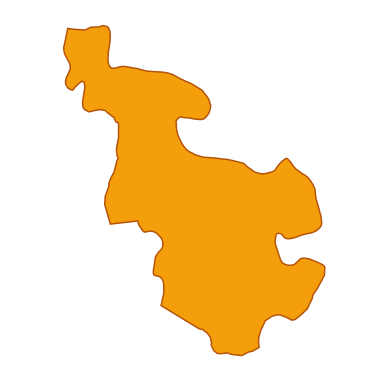 Chique/Blanchard, Vieux Fort, Saint Lucia, rotated 184°
{"feature_id": "8701671B68891744403519", "entity_name": "Chique/Blanchard", "entity_type": "district", "adm_level": 2, "iso_a3": "LCA", "parent_name": "Saint Lucia", "parent_adm1": "Vieux Fort", "projection": "equal_earth", "projection_center": [-60.95, 13.801], "detail": "fine", "context": "isolated", "style": "filled", "palette": "amber", "viewbox_px": 384, "rotation_deg": 184, "n_neighbors": 0, "source": "geoboundaries", "source_scale": "gbopen_adm2", "svg_char_len": 5960}
<svg xmlns="http://www.w3.org/2000/svg" viewBox="0 0 384 384"><g transform="rotate(184 192 192)"><path d="M61.1,173.9L61.3,175.1L61.5,176.0L61.9,177.8L63.0,180.3L63.7,182.5L64.2,184.1L64.8,185.7L65.6,187.8L66.3,189.7L66.9,191.4L67.4,192.8L67.9,194.4L68.3,196.1L68.4,196.8L68.7,198.5L69.0,200.3L69.1,200.7L69.3,202.3L69.8,203.9L70.5,205.3L72.3,208.5L75.7,212.8L78.3,215.3L80.1,216.4L81.3,217.0L83.2,217.9L84.8,219.0L86.5,220.1L88.0,220.9L89.7,222.0L90.2,222.4L91.3,223.4L92.1,224.1L93.1,225.3L94.4,227.0L95.0,227.7L95.9,228.8L96.9,229.8L97.6,230.6L98.6,231.4L99.5,232.0L100.3,232.1L100.9,231.7L102.0,231.0L104.7,228.4L105.4,227.6L106.6,226.2L108.3,223.7L108.7,223.1L109.1,222.5L109.4,221.9L110.2,220.4L110.6,219.9L112.3,218.3L113.0,217.9L115.0,217.1L118.0,216.1L119.9,215.6L121.7,215.2L123.4,215.1L125.0,215.2L126.3,215.3L128.4,215.7L130.7,216.3L132.1,216.9L134.0,218.4L135.7,219.3L138.4,220.9L140.2,222.5L141.6,223.4L142.7,224.1L143.7,224.5L144.3,224.6L146.1,224.9L146.6,225.0L149.2,225.4L153.7,226.2L159.5,227.0L164.4,227.0L168.1,227.4L172.3,227.5L176.3,227.5L179.5,227.6L181.8,227.5L183.4,227.6L185.2,227.9L186.7,228.3L187.3,228.4L189.5,228.9L191.3,229.4L194.0,230.6L195.6,231.3L197.3,231.9L198.7,232.7L199.6,233.3L200.8,234.3L202.0,235.5L203.0,236.5L204.8,238.8L206.0,240.6L206.9,242.1L208.0,244.0L208.9,245.5L209.9,247.5L210.7,249.8L211.2,251.5L211.8,253.8L212.1,255.5L212.3,257.3L212.5,259.5L212.9,261.0L212.5,262.6L211.9,263.3L211.0,264.2L210.7,264.6L210.5,264.9L209.3,265.9L208.0,266.1L207.6,266.0L206.2,265.8L205.5,265.7L200.1,265.7L194.0,264.9L190.2,264.9L188.5,264.9L187.6,265.0L186.4,265.4L185.5,265.7L184.8,266.3L183.7,267.3L182.8,268.5L182.3,269.2L181.4,270.6L181.1,271.2L180.5,272.8L180.1,274.1L179.9,275.1L179.7,276.0L179.6,276.4L179.5,277.3L179.4,278.3L179.4,279.1L179.4,279.8L180.1,281.3L180.3,281.9L180.8,283.2L180.9,283.6L181.4,284.8L182.0,285.8L182.2,286.3L182.9,287.2L183.8,288.4L184.7,289.5L185.6,290.4L185.9,290.7L186.4,291.3L187.2,291.9L188.4,293.7L191.2,295.4L194.0,296.8L195.8,297.7L198.5,299.1L200.0,299.9L201.9,300.7L203.9,301.4L205.4,301.8L207.1,302.4L209.0,303.2L210.8,303.9L211.8,304.3L213.2,304.9L214.7,305.6L216.4,306.4L218.1,307.2L218.5,307.4L219.9,307.9L222.6,308.6L224.3,309.0L228.9,309.5L233.9,309.5L238.0,309.4L241.4,309.5L243.3,309.4L245.5,309.5L248.1,309.9L251.3,310.5L255.3,311.3L260.3,311.7L264.6,312.2L267.8,312.5L268.1,312.5L270.5,312.4L273.4,311.6L276.2,310.6L277.7,310.2L279.3,309.8L280.7,310.0L281.9,310.7L282.8,311.6L283.7,312.9L284.3,314.4L284.8,316.2L285.1,318.5L285.2,319.9L285.2,321.7L285.2,323.3L285.2,324.9L285.2,326.3L285.1,327.5L284.9,329.0L284.8,330.0L284.7,331.3L284.5,333.6L284.4,335.5L284.3,337.3L284.3,338.9L284.4,341.3L284.4,341.9L284.5,342.6L284.7,344.3L285.1,346.3L285.5,347.4L285.8,348.1L286.2,348.9L286.5,349.4L287.0,350.0L287.4,350.4L288.1,351.0L289.1,351.3L290.4,351.5L291.7,351.7L292.6,351.7L293.7,351.3L294.4,351.1L295.9,350.2L301.3,349.7L304.2,349.4L310.0,346.1L322.2,346.1L327.4,346.5L329.1,333.3L329.5,330.4L329.9,329.0L330.0,326.6L329.5,323.4L328.2,320.0L324.5,314.1L324.1,313.6L323.8,313.2L323.0,311.3L322.3,309.8L322.1,307.1L322.3,305.2L324.2,300.2L325.3,297.6L325.6,296.1L325.8,294.9L325.9,293.8L325.9,292.6L325.1,290.0L323.1,287.2L322.1,286.5L320.8,285.9L319.5,285.5L318.5,285.4L318.1,285.4L315.8,288.6L312.3,292.5L309.8,294.7L308.7,294.7L307.4,293.9L306.7,291.7L306.1,289.0L306.5,285.1L307.2,278.3L307.4,272.4L306.5,268.8L305.0,266.8L300.9,264.9L299.0,265.1L296.7,265.8L295.6,266.3L289.2,267.8L287.2,267.5L284.7,267.5L282.0,265.4L274.7,260.5L274.2,258.8L272.4,256.3L270.4,256.1L269.8,253.1L269.6,248.3L269.1,241.7L269.8,234.8L270.4,229.7L269.3,222.8L267.8,220.9L269.3,217.7L269.3,216.0L269.6,214.8L271.1,206.5L273.8,200.6L275.6,194.8L275.3,192.1L276.2,189.1L278.3,181.6L278.2,173.5L271.2,154.3L244.2,159.3L243.4,157.2L242.6,155.3L241.2,153.4L239.7,151.5L238.2,149.8L237.1,148.9L235.7,148.7L234.3,149.3L233.2,149.6L231.9,150.2L230.4,149.9L228.5,150.1L227.6,149.7L226.0,149.2L225.2,148.9L223.6,147.6L222.3,146.5L220.2,144.7L218.9,142.9L218.0,141.2L217.5,139.3L217.4,137.1L217.5,135.6L217.9,134.2L218.5,132.8L219.2,132.0L220.2,130.8L221.6,129.0L222.6,127.3L223.8,125.0L224.0,123.9L224.3,121.6L224.3,119.9L224.5,117.1L224.9,113.5L225.0,111.4L225.0,109.1L224.6,107.3L224.2,106.6L222.9,106.1L220.6,105.7L219.6,105.5L217.9,105.0L216.5,103.8L215.4,102.4L214.5,100.7L213.9,98.5L213.8,97.1L213.5,95.8L213.4,93.1L213.1,90.4L213.1,89.2L213.4,86.5L213.7,84.9L214.1,82.8L214.2,81.3L214.5,79.2L214.7,77.9L215.0,76.6L175.7,56.2L171.3,55.3L166.9,52.3L163.7,48.5L162.1,43.4L162.1,40.4L159.2,35.3L155.4,32.7L151.9,32.7L145.3,34.0L143.1,33.1L140.5,32.7L131.0,32.3L126.9,34.8L124.0,36.5L120.5,37.4L114.2,41.7L115.2,46.8L115.2,51.9L113.6,59.2L111.3,64.7L110.1,68.5L103.4,73.7L98.3,75.4L95.2,75.4L89.5,73.7L83.4,71.1L80.3,72.0L75.5,76.2L68.8,83.5L64.7,94.1L64.1,98.0L60.3,104.4L56.2,113.3L54.6,117.2L54.0,118.4L54.1,120.0L54.2,122.8L54.2,125.7L54.4,126.5L55.2,127.6L57.0,128.7L61.4,130.5L65.2,131.7L66.3,132.1L67.5,132.5L69.2,133.1L70.6,133.4L71.6,133.5L73.5,133.8L74.4,133.8L76.4,133.7L77.4,133.6L78.4,133.3L78.7,133.1L79.4,132.8L80.5,131.5L81.7,130.1L82.5,129.1L83.5,128.1L85.0,126.8L86.7,126.1L88.1,125.9L88.9,125.8L90.5,125.7L91.5,125.7L92.7,125.9L94.5,126.5L95.8,127.1L96.9,127.9L97.5,128.4L98.6,129.8L100.1,133.2L100.9,135.1L101.8,137.3L102.8,139.8L105.4,146.6L105.6,148.5L105.6,149.6L105.6,150.8L105.4,152.7L105.2,153.7L105.1,154.5L104.9,155.2L104.2,156.5L103.7,156.7L102.7,156.8L101.5,156.8L100.3,156.5L99.5,156.0L98.8,155.4L98.1,154.7L97.7,154.1L96.7,153.2L96.1,152.7L95.8,152.5L94.6,152.2L92.7,152.0L90.9,152.4L89.6,152.6L89.0,152.8L87.6,153.2L85.9,153.8L83.1,155.1L81.3,156.0L80.3,156.4L77.8,157.4L76.2,157.9L74.8,158.3L72.9,158.8L71.0,159.3L69.6,159.8L68.5,160.2L67.6,160.7L66.6,161.2L65.8,161.7L65.5,161.9L64.6,162.7L63.8,163.4L62.5,164.8L61.6,166.0L60.9,167.2L60.7,168.1L60.5,169.4L60.6,171.1L60.8,172.3L61.0,172.9L61.1,173.9Z" fill="#f59e0b" stroke="#b45309" stroke-width="1.5"/></g></svg>